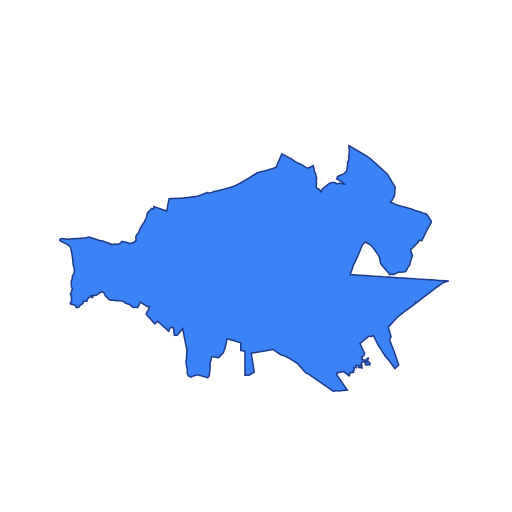 Solosuchiapa, Chiapas, Mexico, rotated 291°
{"feature_id": "50627088B80636009912832", "entity_name": "Solosuchiapa", "entity_type": "district", "adm_level": 2, "iso_a3": "MEX", "parent_name": "Mexico", "parent_adm1": "Chiapas", "projection": "mercator", "projection_center": [-93.008, 17.395], "detail": "fine", "context": "isolated", "style": "filled", "palette": "blue", "viewbox_px": 512, "rotation_deg": 291, "n_neighbors": 0, "source": "geoboundaries", "source_scale": "gbopen_adm2", "svg_char_len": 6062}
<svg xmlns="http://www.w3.org/2000/svg" viewBox="0 0 512 512"><g transform="rotate(291 256 256)"><path d="M146.9,296.0L163.6,286.4L170.2,297.8L174.9,305.4L172.6,314.6L173.0,318.6L172.5,323.2L170.5,333.3L164.8,344.1L164.5,347.6L157.4,376.7L159.1,379.4L159.8,382.0L161.2,384.5L163.5,389.3L173.6,374.7L174.8,373.7L175.7,373.3L179.6,379.3L177.4,385.8L178.6,386.1L178.9,385.2L180.4,385.4L180.7,385.4L181.1,385.5L181.1,386.9L182.5,388.8L183.2,387.7L184.9,388.6L187.1,387.5L187.7,389.5L189.5,388.6L190.0,389.2L190.6,390.7L188.6,391.5L189.0,393.2L191.2,392.4L191.6,392.7L188.8,395.5L192.7,393.4L194.8,392.7L195.2,393.0L196.2,395.9L195.3,396.2L193.7,397.2L193.7,397.7L193.8,398.6L194.5,398.9L195.1,401.3L196.8,400.9L198.2,397.5L200.8,397.6L201.0,397.4L200.4,396.7L199.7,396.4L197.3,397.6L196.8,397.6L196.5,397.1L196.8,396.3L197.6,395.6L197.3,395.6L197.7,394.8L197.4,391.7L199.3,391.7L199.9,390.9L201.5,392.3L203.8,392.5L211.5,384.4L221.1,389.8L221.8,391.0L222.2,392.8L223.6,393.4L223.8,394.1L215.9,402.7L214.2,405.4L210.8,409.7L209.8,411.3L209.0,412.2L206.5,416.9L204.5,420.2L200.6,426.0L205.4,428.3L216.8,418.8L219.6,416.2L225.6,410.8L228.0,410.8L228.6,410.7L229.0,411.1L237.0,404.9L239.2,405.9L248.5,409.5L252.9,411.8L255.6,413.6L256.5,414.0L267.5,421.2L269.0,421.6L269.4,421.6L268.9,421.9L291.0,435.5L298.4,440.5L301.7,444.9L300.7,441.4L298.6,435.3L297.4,430.6L295.4,424.7L294.5,421.5L292.1,414.5L291.2,410.7L290.5,408.9L287.7,399.6L287.1,398.4L284.4,389.1L284.3,388.6L282.8,384.7L282.2,382.8L281.9,381.1L281.0,378.0L280.1,375.8L278.6,370.7L278.1,369.5L278.0,368.1L276.9,365.3L276.4,363.3L275.1,359.3L273.6,354.2L272.4,350.7L273.6,350.5L276.4,350.6L282.6,350.1L282.7,350.3L284.2,350.4L284.7,350.6L288.0,350.7L291.1,351.0L303.4,351.3L304.9,351.6L308.4,352.9L308.1,353.6L307.8,355.2L307.4,359.0L306.2,361.5L302.6,367.1L301.0,369.4L299.6,371.1L295.2,374.2L294.1,374.6L292.8,376.4L291.8,378.0L287.6,386.0L286.4,387.5L287.4,388.7L287.8,390.5L288.4,391.6L292.1,394.7L293.2,398.0L294.5,400.5L295.3,401.3L298.9,401.9L300.7,402.0L302.4,402.7L304.0,402.4L307.7,402.1L312.3,402.0L314.6,400.0L317.2,398.1L327.1,402.5L329.1,402.5L329.8,405.3L343.5,406.6L349.9,407.6L351.3,407.2L356.2,400.4L356.2,398.4L355.7,396.0L356.1,393.9L355.5,388.5L355.6,383.7L355.3,381.6L354.9,376.7L354.7,376.3L354.6,374.4L354.2,370.8L354.2,369.0L354.1,367.9L354.2,366.9L354.3,366.8L354.4,363.6L354.0,362.4L361.6,363.8L370.1,361.3L379.5,349.3L387.4,329.1L388.4,325.8L389.0,323.3L392.4,303.2L390.1,304.0L389.1,305.0L388.8,304.9L387.8,305.5L381.5,307.1L380.3,307.7L380.3,307.9L377.8,308.3L376.6,307.9L376.2,308.1L368.0,310.3L365.7,309.2L364.8,308.9L361.8,306.3L362.0,306.1L359.6,303.8L359.2,303.6L358.6,303.7L357.8,304.1L356.8,303.7L356.8,305.2L356.2,307.7L356.4,308.4L355.4,311.6L354.8,312.7L354.4,311.2L354.1,308.1L353.2,307.0L352.5,305.9L352.4,305.2L352.7,304.1L352.7,302.3L350.7,299.0L349.2,297.9L343.2,294.4L341.3,293.7L340.5,293.6L339.3,293.8L339.2,293.3L340.1,292.2L341.0,290.6L341.1,289.8L340.9,288.5L341.8,287.8L343.4,286.9L345.5,286.6L346.1,286.1L347.0,285.7L349.8,284.7L350.9,284.5L352.3,283.3L353.2,282.8L355.2,281.3L355.7,280.1L357.8,279.2L358.5,278.7L359.3,278.4L359.9,277.4L360.9,277.1L356.3,272.5L357.7,265.4L357.9,260.8L358.5,256.9L359.2,254.9L360.6,243.5L346.2,243.0L343.4,240.1L341.2,237.0L340.3,236.0L334.2,227.3L325.9,221.2L318.1,214.9L314.0,211.2L311.1,207.8L305.6,200.3L301.8,194.8L301.6,194.3L299.0,191.4L297.7,189.1L297.9,187.9L290.9,180.1L283.5,166.3L278.4,154.3L266.0,156.5L265.5,142.9L263.1,143.5L263.0,141.5L258.2,139.6L256.4,139.3L252.3,139.9L247.1,139.4L242.5,138.3L238.8,138.0L235.8,138.0L232.6,136.9L230.3,137.0L227.8,138.5L226.0,137.7L223.9,136.0L222.4,133.4L222.4,130.5L221.9,127.2L221.3,125.2L219.5,125.0L218.2,123.7L217.0,121.7L216.2,119.1L214.9,117.4L214.9,116.7L215.3,116.4L215.1,107.2L214.5,105.4L213.9,93.4L211.6,89.9L208.9,84.4L206.6,79.0L203.9,73.5L203.1,69.6L202.4,67.9L201.7,67.1L200.4,67.1L199.8,68.7L199.5,72.1L199.3,75.1L198.5,77.4L198.1,79.3L196.5,80.5L191.2,83.9L186.3,86.5L182.2,88.5L179.3,90.8L175.5,92.3L171.1,91.8L168.9,92.6L168.0,92.7L166.6,92.4L164.7,93.3L163.9,93.4L162.1,94.5L161.1,94.8L160.5,95.2L160.2,95.7L159.3,96.5L158.8,96.6L157.7,96.1L156.9,96.5L156.2,96.6L154.8,96.7L154.7,96.4L153.8,96.4L153.0,97.3L152.7,97.9L152.2,98.2L151.6,98.2L151.1,98.4L151.1,98.7L150.7,99.0L148.9,99.2L148.0,100.0L147.1,100.2L146.8,100.1L146.3,99.4L146.1,99.6L145.1,99.6L144.7,100.0L144.6,100.7L144.9,101.1L145.2,101.6L144.9,103.5L145.1,103.9L145.1,105.3L143.5,106.5L143.5,107.1L144.5,108.7L144.9,109.1L146.5,109.4L147.9,110.1L149.6,111.5L149.9,111.5L150.8,110.8L151.3,110.7L151.7,111.0L152.3,112.2L153.1,114.2L153.7,114.1L154.7,114.3L156.1,114.3L156.7,114.5L157.0,115.0L158.3,115.6L159.7,115.8L159.8,116.4L159.5,116.6L158.9,116.9L158.5,117.3L158.5,118.0L159.3,118.4L159.9,117.8L160.4,117.7L160.6,117.8L161.2,118.5L161.2,119.4L161.5,120.0L161.8,120.3L162.0,120.8L163.0,121.6L164.2,122.3L164.7,122.8L165.7,123.4L167.0,124.5L167.2,124.9L167.5,126.7L164.9,129.6L164.3,130.7L164.1,131.6L163.5,132.8L162.9,133.4L162.6,134.7L162.7,136.1L163.6,138.9L163.7,139.7L164.1,140.4L164.3,142.1L164.5,142.7L165.3,143.9L165.3,145.1L165.7,145.7L166.0,146.5L165.8,148.1L166.1,149.0L166.1,149.5L165.5,150.1L165.1,151.0L165.3,151.6L165.2,154.0L165.6,154.9L164.1,158.8L164.1,160.4L165.0,162.0L165.5,164.1L169.3,164.5L171.5,164.5L170.7,168.6L169.9,172.5L170.5,174.8L167.2,174.8L164.2,174.2L162.3,174.3L156.3,185.8L159.8,187.6L154.5,201.5L158.6,201.6L159.6,204.4L152.7,208.2L153.7,210.8L161.9,213.6L150.0,221.0L143.5,225.2L143.3,225.4L141.6,225.8L135.5,227.8L134.2,228.1L132.7,228.2L130.6,229.5L129.4,229.9L126.0,232.3L124.7,232.7L122.8,233.6L121.6,233.9L119.9,235.8L119.6,238.7L120.9,239.8L122.3,241.5L124.2,244.1L124.2,245.5L124.5,247.0L124.6,249.9L125.0,251.8L124.9,254.4L125.0,254.6L127.7,255.2L134.6,253.4L140.5,251.3L141.9,251.4L144.4,250.9L144.9,250.9L146.3,250.6L147.6,257.5L152.0,259.3L154.0,260.2L159.9,260.0L168.3,258.6L169.0,265.1L169.1,268.1L169.5,272.9L162.3,275.6L163.1,279.8L140.7,288.4L142.3,292.3L146.9,296.0Z" fill="#3b82f6" stroke="#1e3a8a" stroke-width="1.5"/></g></svg>